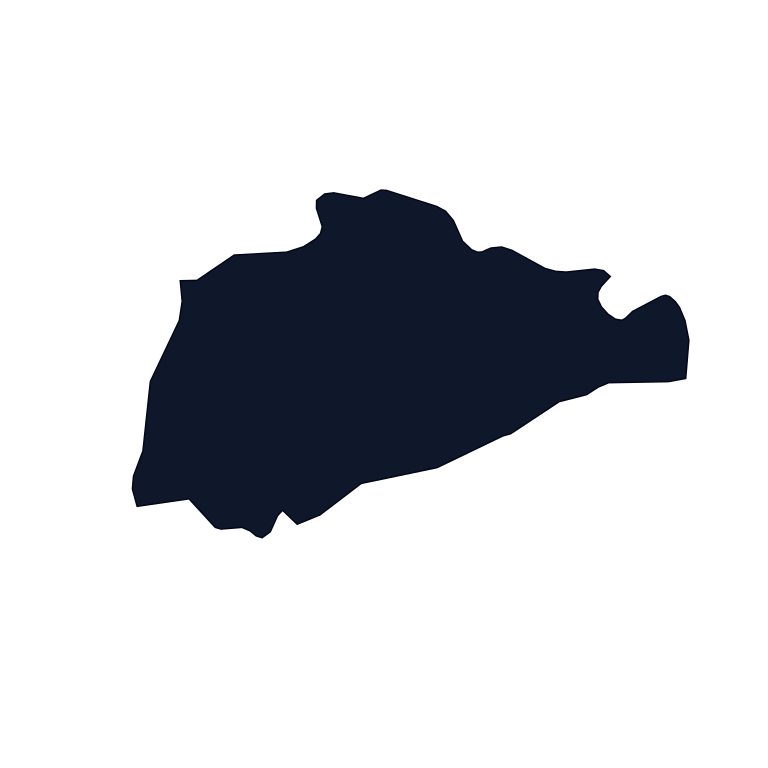 SVG path tracing the border of Brindisi, rotated 132°
{"feature_id": "ITA-5406", "entity_name": "Brindisi", "entity_type": "Province", "adm_level": 1, "iso_a3": "ITA", "parent_name": "Italy", "parent_adm1": "", "projection": "equal_earth", "projection_center": [17.605, 40.637], "detail": "fine", "context": "isolated", "style": "filled", "palette": "ink", "viewbox_px": 768, "rotation_deg": 132, "n_neighbors": 0, "source": "natural_earth", "source_scale": "10m", "svg_char_len": 1095}
<svg xmlns="http://www.w3.org/2000/svg" viewBox="0 0 768 768"><g transform="rotate(132 384 384)"><path d="M178.0,163.5L191.9,174.2L232.7,217.9L243.1,222.8L256.3,226.3L279.9,242.0L336.2,256.6L343.2,261.0L410.6,288.6L473.1,334.4L524.1,344.0L546.3,354.7L545.7,374.9L553.2,375.0L569.9,369.6L579.8,371.7L582.4,377.3L582.7,385.0L585.6,393.6L600.9,408.1L603.5,413.5L599.8,452.1L640.1,485.6L630.4,500.7L620.1,508.5L595.0,518.4L538.5,559.3L473.8,578.6L457.6,589.3L443.6,604.5L432.1,592.3L388.4,581.6L351.1,544.5L335.9,535.7L322.0,531.8L314.6,531.9L308.4,535.1L298.6,551.8L292.6,557.0L282.4,555.2L275.6,549.3L259.8,523.5L241.9,516.0L238.5,511.8L216.7,463.4L214.4,453.9L216.1,441.8L225.3,421.2L225.6,408.7L223.4,402.6L220.3,399.5L211.5,395.6L203.5,388.3L199.1,378.5L190.4,341.7L185.4,331.8L178.9,323.5L157.7,304.4L152.8,296.6L152.7,287.8L166.1,287.9L172.7,286.3L178.0,281.9L181.2,274.0L182.2,264.3L181.0,255.4L177.4,249.8L173.5,248.5L163.6,247.8L133.6,236.7L129.7,234.2L127.9,230.1L127.9,222.5L129.4,215.6L135.5,202.7L147.5,186.7L178.0,163.5Z" fill="#0f172a" stroke="#020617" stroke-width="1.5"/></g></svg>